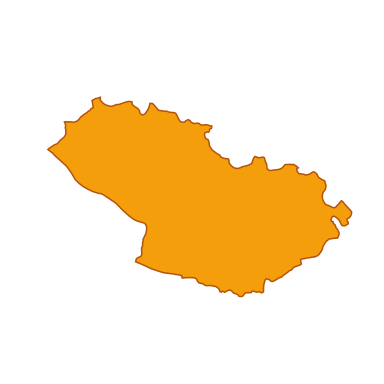 outline of Sabatia, Western, Kenya, rotated 37°
{"feature_id": "3690345B66034792821771", "entity_name": "Sabatia", "entity_type": "district", "adm_level": 2, "iso_a3": "KEN", "parent_name": "Kenya", "parent_adm1": "Western", "projection": "mercator", "projection_center": [34.76, 0.115], "detail": "fine", "context": "isolated", "style": "filled", "palette": "amber", "viewbox_px": 384, "rotation_deg": 37, "n_neighbors": 0, "source": "geoboundaries", "source_scale": "gbopen_adm2", "svg_char_len": 5386}
<svg xmlns="http://www.w3.org/2000/svg" viewBox="0 0 384 384"><g transform="rotate(37 192 192)"><path d="M51.3,244.8L57.3,244.8L61.2,245.6L65.9,245.9L70.7,246.4L75.1,246.7L78.5,247.5L85.8,250.0L91.1,252.3L96.7,253.1L98.6,253.1L101.9,253.1L107.8,252.3L112.3,251.4L117.1,249.7L118.6,249.1L120.0,248.2L121.6,247.8L123.3,247.5L125.5,247.4L127.5,247.2L129.3,247.1L130.9,247.1L133.1,247.0L135.0,246.8L136.7,246.8L138.3,246.8L140.1,247.1L142.7,247.4L144.9,247.9L148.4,248.3L151.7,248.6L155.1,248.9L156.6,249.0L158.7,249.0L162.1,248.9L163.7,248.6L165.4,248.2L167.7,247.4L169.7,246.7L171.5,245.9L173.2,245.6L174.7,245.9L176.7,247.1L178.6,249.7L180.3,253.2L180.7,256.0L181.1,257.6L181.3,259.1L182.4,260.4L183.1,262.3L184.1,263.7L185.1,265.0L185.3,266.8L186.7,268.7L188.5,270.8L189.7,272.5L189.8,274.5L188.8,276.0L188.1,277.5L187.8,279.1L189.0,281.7L195.7,279.9L201.1,278.7L205.3,277.9L210.8,276.1L215.2,274.6L218.0,273.5L220.5,272.1L222.6,270.9L224.5,269.8L226.5,268.6L228.3,267.9L230.1,266.8L232.3,265.6L234.7,265.1L235.6,266.6L237.0,265.9L238.5,264.2L240.3,262.8L243.6,260.4L246.1,258.8L248.2,258.9L250.4,260.1L252.2,260.4L253.8,259.8L255.9,258.7L257.4,258.7L258.8,258.6L260.3,257.9L261.4,256.9L263.5,255.3L265.8,254.2L268.2,253.1L269.9,253.0L272.4,253.4L274.3,254.8L275.8,254.2L276.2,252.7L278.6,252.3L279.5,250.1L280.5,247.9L282.8,247.1L286.2,247.7L288.5,246.8L290.1,246.4L292.3,247.0L294.2,246.0L295.2,244.5L295.3,243.0L295.2,240.6L298.0,238.2L299.7,237.0L299.7,235.0L301.6,233.9L303.8,233.2L305.6,231.2L308.4,230.6L309.2,228.7L307.7,226.6L306.5,224.9L305.6,223.7L305.0,222.4L304.1,220.3L303.4,218.5L303.5,216.9L305.0,215.9L306.9,215.5L308.9,215.8L310.6,214.6L311.4,212.6L312.4,210.6L312.9,208.9L313.6,207.6L314.8,205.9L315.1,203.6L315.8,201.7L316.2,200.1L316.8,198.4L317.1,196.3L318.4,194.5L318.4,192.7L318.6,190.8L319.7,189.1L320.8,187.3L321.7,186.2L322.7,184.2L322.0,182.9L320.6,182.0L319.5,180.6L320.5,178.8L322.2,177.3L323.5,175.5L325.6,173.6L327.1,171.7L328.6,170.5L329.6,169.1L330.6,167.3L331.0,165.6L331.0,163.1L330.8,160.5L330.3,158.6L329.5,157.1L329.2,155.4L329.1,153.4L328.8,151.4L329.3,149.3L329.8,146.9L331.7,145.2L333.0,143.8L334.3,142.6L336.0,141.2L335.4,138.8L334.8,137.0L333.7,135.8L332.1,135.1L330.6,134.2L328.8,133.9L327.5,133.1L325.8,132.1L323.8,132.0L322.5,130.8L321.1,131.5L319.7,130.7L319.2,128.8L318.9,127.0L320.2,125.8L322.2,125.5L323.7,125.6L325.2,125.7L327.0,126.2L328.9,127.1L330.7,128.1L332.3,128.4L333.8,127.5L334.8,126.4L335.3,124.9L335.9,123.3L334.7,122.1L333.0,121.6L332.1,120.1L333.0,118.2L333.2,116.3L332.8,114.0L331.6,111.9L329.5,111.3L327.4,110.9L325.6,110.6L323.6,110.3L320.9,109.7L318.9,109.1L316.6,109.0L316.4,110.7L316.4,112.8L316.0,115.8L315.9,117.8L314.9,119.2L312.8,119.9L311.3,120.2L309.8,120.4L308.3,121.0L306.1,121.5L303.4,120.6L301.2,119.5L299.6,118.1L298.5,116.8L297.5,115.1L296.9,113.1L297.0,110.7L296.8,109.2L296.0,107.7L295.2,106.2L293.6,105.1L292.4,104.2L291.4,103.2L289.3,103.7L287.2,104.0L285.5,104.0L284.1,104.1L282.7,103.4L280.8,102.4L278.1,102.3L276.5,103.1L275.9,105.0L275.0,107.1L273.9,108.7L272.6,110.1L270.7,110.5L269.0,111.5L267.6,112.2L266.2,113.0L264.1,112.4L262.6,111.6L261.5,110.1L262.4,108.7L259.9,108.5L258.1,108.7L256.5,108.8L255.1,110.1L253.5,111.1L251.9,112.4L250.0,113.9L249.6,115.8L249.8,117.5L249.1,119.5L248.0,121.3L246.8,122.7L245.4,124.1L244.0,125.3L242.6,126.8L241.4,127.9L239.7,128.4L237.5,127.9L236.1,126.1L234.7,124.7L232.5,123.7L230.6,122.2L229.1,121.1L227.6,121.4L226.4,122.8L225.1,124.1L223.7,125.0L222.3,125.2L220.8,125.8L220.8,127.2L221.1,128.7L221.5,130.4L222.0,131.7L222.5,133.2L221.7,135.2L220.6,137.0L219.5,138.4L218.4,139.9L217.4,141.0L216.5,142.4L215.8,143.9L214.7,145.3L213.0,146.6L210.7,147.4L209.0,147.5L206.7,147.2L204.5,146.6L203.3,145.6L202.5,144.4L200.9,143.7L199.1,145.0L197.7,145.6L196.2,146.2L194.1,146.7L191.9,145.8L190.0,146.2L187.5,146.3L185.4,146.3L183.2,146.3L180.5,145.5L178.2,144.6L176.7,143.1L175.3,141.7L173.0,140.4L170.9,141.1L169.2,140.2L167.5,138.8L166.8,136.7L167.9,135.0L169.3,134.2L169.0,132.5L168.3,131.2L169.2,129.5L168.2,127.4L166.3,128.4L164.4,128.9L163.0,129.6L161.8,130.6L160.5,132.1L158.2,133.1L156.2,133.0L154.4,134.1L152.8,135.9L150.9,136.5L149.4,136.8L147.6,136.2L145.5,136.4L144.3,138.6L143.8,141.1L142.5,141.8L140.6,142.8L138.7,142.3L137.0,141.6L135.6,140.8L133.6,139.8L131.6,138.9L130.1,139.3L128.2,140.5L126.2,141.7L124.7,142.3L123.0,142.7L121.8,143.9L119.4,145.0L117.3,146.3L115.6,146.9L113.6,146.2L111.0,145.8L109.2,145.3L107.3,145.1L105.0,146.5L106.1,148.7L106.8,150.8L107.2,152.9L107.3,154.8L107.4,156.4L107.4,158.1L106.6,159.6L105.4,160.6L103.1,160.4L101.8,159.2L100.4,158.4L98.6,158.0L97.1,158.0L95.4,158.2L93.5,158.3L91.5,158.0L89.8,156.1L87.8,157.1L86.4,158.3L85.3,159.7L84.3,161.1L83.2,162.7L81.8,164.9L80.2,166.8L78.7,167.9L77.8,169.9L76.6,171.5L74.9,172.9L73.2,173.5L71.8,174.0L69.8,174.5L67.7,174.6L65.7,174.2L63.9,174.1L62.8,172.9L61.8,171.5L60.6,173.4L58.8,175.3L57.1,179.2L59.5,181.2L62.3,184.0L61.2,186.2L61.4,188.2L60.6,189.8L60.3,191.8L59.5,193.9L58.8,195.7L58.5,197.5L58.0,199.0L58.0,201.5L57.7,204.1L56.5,206.2L55.5,207.6L53.9,208.3L52.3,209.5L49.5,211.4L48.0,212.8L49.5,213.6L51.4,215.4L52.1,217.0L53.8,218.3L55.2,220.1L56.3,221.6L56.7,223.3L56.8,225.0L56.4,227.2L55.7,229.3L55.6,231.1L55.5,232.7L55.4,234.4L54.4,236.0L53.5,237.6L53.1,239.0L52.5,240.5L51.8,242.5L51.3,244.8Z" fill="#f59e0b" stroke="#b45309" stroke-width="1.5"/></g></svg>